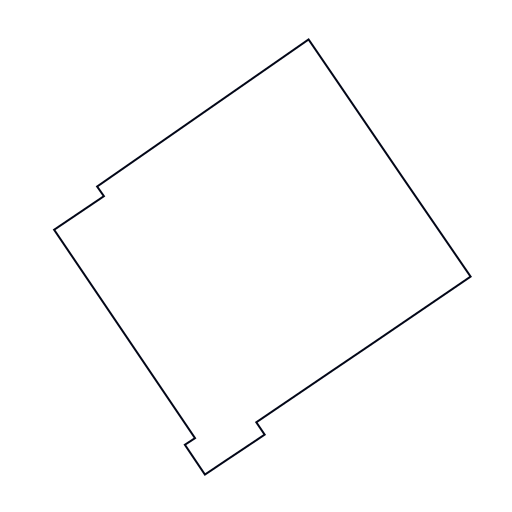 the district of Polk, Missouri, United States of America, rotated 234°
{"feature_id": "52423323B27276751981005", "entity_name": "Polk", "entity_type": "district", "adm_level": 2, "iso_a3": "USA", "parent_name": "United States of America", "parent_adm1": "Missouri", "projection": "albers", "projection_center": [-93.444, 37.623], "detail": "fine", "context": "isolated", "style": "outline", "palette": "ink", "viewbox_px": 512, "rotation_deg": 234, "n_neighbors": 0, "source": "geoboundaries", "source_scale": "gbopen_adm2", "svg_char_len": 355}
<svg xmlns="http://www.w3.org/2000/svg" viewBox="0 0 512 512"><g transform="rotate(234 256 256)"><path d="M400.3,425.8L405.6,168.3L393.8,168.1L395.9,108.1L144.5,99.6L145.1,87.5L109.2,86.2L108.2,112.9L106.4,158.0L121.3,158.5L118.4,249.8L116.8,297.8L113.2,417.5L233.6,420.8L355.4,424.5L400.3,425.8Z" fill="none" stroke="#020617" stroke-width="2"/></g></svg>